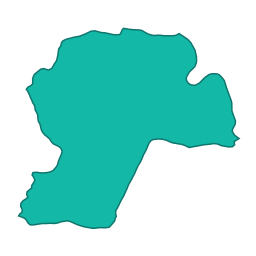 outline of Capinópolis, Minas Gerais, Brazil, rotated 89°
{"feature_id": "56859067B52140573071662", "entity_name": "Capinópolis", "entity_type": "district", "adm_level": 2, "iso_a3": "BRA", "parent_name": "Brazil", "parent_adm1": "Minas Gerais", "projection": "equal_earth", "projection_center": [-49.565, -18.674], "detail": "fine", "context": "isolated", "style": "filled", "palette": "teal", "viewbox_px": 256, "rotation_deg": 89, "n_neighbors": 0, "source": "geoboundaries", "source_scale": "gbopen_adm2", "svg_char_len": 3194}
<svg xmlns="http://www.w3.org/2000/svg" viewBox="0 0 256 256"><g transform="rotate(89 128 128)"><path d="M140.5,17.1L137.1,21.5L133.3,23.8L130.7,23.4L127.6,21.5L125.7,20.7L122.9,20.4L120.5,21.2L112.8,23.8L109.9,23.8L105.2,23.8L102.8,24.2L90.1,28.6L82.3,30.9L79.4,33.0L76.5,35.7L75.5,37.9L75.2,40.9L75.3,43.4L75.9,45.9L78.9,50.3L84.4,55.9L86.5,60.1L86.0,64.2L84.3,66.9L81.3,68.7L78.7,68.9L73.3,65.9L67.9,60.2L64.2,58.6L62.4,58.3L58.0,58.3L51.3,59.7L43.8,63.7L40.5,66.6L34.5,75.2L36.2,78.5L36.6,82.0L36.5,86.0L36.4,90.4L35.9,93.6L35.7,96.4L36.0,100.1L35.5,102.8L34.8,105.1L33.8,107.3L32.3,109.9L30.7,112.5L30.1,115.9L30.0,119.0L29.7,121.9L29.4,124.7L28.8,127.9L28.3,130.7L29.7,132.1L31.9,133.0L34.3,134.4L34.7,137.9L34.3,141.6L33.6,144.3L32.9,147.3L32.3,150.0L32.2,152.4L31.4,155.6L30.3,159.2L30.5,163.0L31.7,165.7L32.7,167.9L33.9,170.7L35.3,174.5L36.0,178.4L36.5,181.6L37.2,183.9L37.8,186.7L38.6,189.2L39.8,191.6L41.5,193.0L43.3,193.4L45.2,194.0L47.2,195.7L50.0,196.3L52.3,196.6L54.5,197.0L56.6,197.5L58.8,198.1L60.6,199.0L62.3,200.4L64.3,201.4L67.1,203.2L68.6,206.2L68.0,208.8L67.1,211.0L67.6,214.1L69.5,216.6L71.1,218.6L72.6,220.5L75.2,221.9L77.7,222.5L79.6,222.5L82.1,222.5L83.9,224.3L85.3,227.2L87.5,229.0L89.7,227.5L91.7,226.6L94.2,225.5L96.4,224.8L98.3,223.8L100.9,222.9L103.4,221.4L105.3,220.7L108.2,220.5L110.6,219.3L112.4,218.4L114.2,218.0L116.9,217.9L119.8,217.5L122.3,216.1L124.3,215.5L126.2,215.2L128.5,214.6L130.9,213.4L133.2,211.6L135.6,208.7L137.7,206.4L140.3,205.0L142.4,203.1L144.1,199.9L145.2,197.7L146.7,195.8L148.6,194.7L150.4,194.3L152.5,194.9L155.0,195.9L157.4,197.0L159.6,198.0L162.0,198.6L163.8,199.2L165.6,200.4L167.5,202.0L169.5,204.0L170.5,206.5L171.1,209.1L171.4,213.0L171.3,216.8L170.7,219.8L170.9,223.8L173.3,224.7L175.6,223.1L178.6,222.0L181.7,223.8L183.9,225.3L186.3,225.4L188.0,227.5L190.2,230.1L193.1,230.4L195.3,229.3L197.0,231.1L198.9,234.2L201.6,236.4L204.7,236.6L207.9,235.1L210.5,235.6L212.0,237.6L214.0,238.9L215.2,235.6L216.7,232.6L218.7,231.0L220.9,229.9L223.1,227.6L223.2,223.8L222.5,219.2L222.0,215.1L222.1,211.4L221.9,208.4L222.0,205.5L222.2,203.1L221.7,199.9L220.7,197.0L220.3,194.6L219.9,191.7L219.9,189.1L220.7,186.9L221.8,184.5L223.0,182.0L224.0,179.7L224.9,177.1L225.8,174.3L226.4,171.7L226.9,168.8L227.5,166.2L227.7,163.8L227.4,160.7L227.1,157.7L227.3,154.4L227.3,151.9L226.9,148.6L224.2,146.0L222.3,144.3L220.5,142.9L218.1,142.3L216.1,141.3L213.6,141.8L210.7,141.8L208.0,140.1L205.1,138.6L202.8,137.5L200.2,136.1L197.5,134.5L195.1,133.1L192.8,132.1L190.3,130.9L187.8,129.7L185.0,128.6L182.4,127.1L180.7,126.1L179.1,125.1L176.9,124.1L174.7,122.7L172.1,121.5L169.4,120.3L167.3,119.2L165.6,118.5L163.2,116.8L160.7,115.4L158.7,114.5L157.0,113.8L155.3,113.1L153.1,111.8L150.5,110.4L148.7,109.5L146.4,108.6L143.5,107.2L141.2,105.5L140.0,103.1L139.7,100.1L139.5,97.4L139.8,94.2L140.3,91.9L141.0,89.6L142.0,87.6L143.1,85.1L143.8,82.9L144.2,80.4L144.7,78.1L145.3,74.6L146.5,71.3L147.6,69.2L148.6,67.1L148.0,64.2L147.4,60.0L146.7,56.0L146.1,52.7L145.9,49.8L145.6,46.3L145.1,42.6L145.4,39.4L146.3,37.0L147.3,35.0L147.9,31.5L148.7,27.8L148.5,23.8L146.6,21.7L143.6,22.1L141.8,19.4L140.5,17.1Z" fill="#14b8a6" stroke="#0f766e" stroke-width="1.5"/></g></svg>